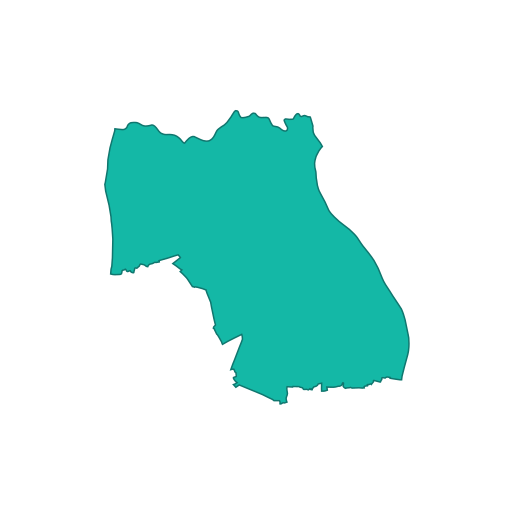 outline of Lap Vo, Can Tho, Vietnam, rotated 53°
{"feature_id": "81297802B77463595408425", "entity_name": "Lap Vo", "entity_type": "district", "adm_level": 2, "iso_a3": "VNM", "parent_name": "Vietnam", "parent_adm1": "Can Tho", "projection": "albers", "projection_center": [105.607, 10.357], "detail": "fine", "context": "isolated", "style": "filled", "palette": "teal", "viewbox_px": 512, "rotation_deg": 53, "n_neighbors": 0, "source": "geoboundaries", "source_scale": "gbopen_adm2", "svg_char_len": 6124}
<svg xmlns="http://www.w3.org/2000/svg" viewBox="0 0 512 512"><g transform="rotate(53 256 256)"><path d="M69.5,292.1L71.1,293.6L76.2,300.4L81.7,307.4L87.0,313.1L90.0,316.3L97.2,322.2L106.7,332.2L107.8,333.6L113.7,337.0L127.1,342.8L137.4,348.2L141.0,350.6L143.6,352.0L148.0,354.7L156.4,360.2L171.1,371.8L177.4,377.3L179.3,379.7L182.9,382.9L184.7,381.4L186.0,379.9L188.9,375.7L189.2,374.7L189.2,374.1L188.5,373.2L187.2,371.8L187.1,371.1L187.8,369.6L187.8,368.4L188.4,368.1L190.1,368.4L191.0,368.1L191.6,366.9L191.6,366.1L191.8,365.6L192.1,365.3L193.0,365.5L193.8,365.3L194.8,364.8L195.4,364.2L195.7,363.8L195.6,363.5L194.6,362.4L193.7,361.1L192.9,360.4L192.8,359.9L193.1,359.3L193.8,358.8L194.1,358.0L193.9,357.0L193.9,355.6L193.7,355.1L192.9,353.5L193.0,352.9L195.5,350.8L196.5,350.3L198.1,349.9L199.0,349.3L199.4,348.8L198.8,347.9L198.6,347.0L198.6,346.0L198.9,345.0L199.6,343.6L199.9,342.3L200.0,341.4L200.2,340.5L201.0,339.8L201.6,338.6L202.5,336.8L201.9,336.4L201.3,336.2L204.8,327.1L206.8,321.2L208.2,317.5L210.8,317.3L211.8,317.4L212.0,327.0L215.9,325.7L220.3,324.5L222.5,323.6L222.8,325.9L225.9,325.3L231.6,324.6L233.4,324.6L242.2,325.2L242.9,324.4L243.8,324.1L244.0,323.2L245.8,321.5L248.0,319.8L249.8,318.4L252.5,316.7L253.0,316.3L253.3,316.4L253.5,316.6L256.2,317.5L265.6,320.0L269.9,322.2L280.7,327.3L285.3,329.3L286.6,329.8L286.8,330.1L287.1,332.1L287.4,332.8L287.9,333.3L288.2,333.6L289.1,333.1L290.5,333.6L292.3,333.9L294.7,334.4L295.8,334.2L298.8,334.5L303.9,335.2L305.3,335.7L306.4,335.9L307.2,329.7L308.4,322.9L310.0,314.6L312.0,315.4L314.3,316.9L315.9,319.3L318.8,324.1L326.3,336.1L328.5,339.8L331.6,344.5L332.4,342.4L333.0,342.4L333.3,341.8L334.7,342.1L335.7,342.6L337.0,342.2L339.6,343.7L340.3,344.3L339.5,347.1L339.9,347.5L341.3,347.8L343.5,347.8L345.8,347.3L345.5,350.2L345.1,351.4L348.7,351.1L348.9,347.0L370.6,334.2L375.4,331.8L380.6,329.1L381.9,328.8L382.3,328.7L385.7,324.3L386.6,324.5L387.3,324.8L388.2,325.6L388.6,325.8L389.1,325.1L389.3,324.3L389.3,323.4L389.5,322.7L390.3,321.9L390.6,321.4L391.3,319.2L390.0,318.8L388.4,318.0L387.5,317.3L386.7,316.2L385.8,314.8L384.7,313.6L381.9,312.1L380.3,311.1L379.1,309.8L382.7,305.6L382.4,305.1L386.3,300.1L387.1,299.9L389.2,298.2L391.1,298.3L391.9,297.4L392.9,295.8L394.4,294.8L394.4,292.8L394.5,292.8L394.9,293.0L395.2,293.0L395.5,292.7L395.5,292.1L396.4,292.0L396.6,291.8L396.6,291.6L396.5,291.4L395.7,291.1L395.7,289.5L395.3,288.8L396.1,286.5L396.2,286.0L396.2,284.9L396.1,284.4L395.7,283.6L395.7,283.1L396.1,282.3L396.4,281.4L397.0,280.7L397.1,280.2L397.7,280.6L398.3,281.1L401.4,283.5L403.4,284.9L404.5,283.5L405.3,282.1L406.1,279.8L403.3,278.3L405.7,275.3L407.4,273.1L408.5,271.2L409.6,268.5L410.3,267.6L410.6,266.4L410.7,265.3L409.5,263.2L409.6,262.8L410.1,262.6L410.3,262.7L412.6,264.8L413.6,264.8L415.4,264.3L416.2,262.6L417.5,260.5L417.9,259.5L418.8,259.1L419.4,258.6L423.2,253.1L425.6,250.4L426.0,249.4L426.4,249.2L426.5,248.9L426.3,248.8L425.8,248.7L425.6,248.5L425.4,248.2L425.4,247.6L426.1,246.1L426.8,245.1L426.8,244.9L426.5,244.6L425.8,244.6L425.8,244.3L426.8,242.8L427.1,241.5L427.2,241.3L428.0,241.2L427.7,240.2L427.2,238.1L427.1,237.8L426.2,237.1L426.3,236.7L426.6,236.5L431.4,232.7L431.5,232.4L430.6,230.9L430.4,230.0L430.0,229.6L429.2,229.0L429.3,228.2L430.1,227.3L431.0,226.5L431.2,226.3L431.1,225.5L431.5,224.1L433.7,222.0L434.3,222.5L434.4,222.4L435.7,221.2L438.5,218.5L441.6,215.4L442.5,214.2L441.5,213.3L439.9,211.7L437.7,209.0L434.0,204.4L426.1,194.2L424.8,192.7L423.5,191.3L420.7,188.7L418.1,186.6L413.3,183.3L410.5,181.9L396.8,175.4L391.5,173.4L389.0,172.6L385.8,171.8L380.4,171.4L370.1,170.8L364.5,170.3L356.7,169.8L353.0,169.3L349.8,168.6L340.3,166.1L338.4,165.7L330.6,164.5L326.4,164.3L322.0,164.3L312.0,164.6L308.7,164.5L302.5,164.1L300.8,164.1L299.2,164.2L297.3,164.4L291.2,165.4L278.2,168.9L271.9,170.0L267.4,170.5L264.4,170.5L262.9,170.3L254.5,168.4L244.8,166.9L242.0,166.4L240.0,165.8L236.6,164.5L233.1,162.6L229.9,160.9L225.7,158.1L224.5,157.4L220.7,155.7L219.3,154.8L217.2,153.4L215.2,151.4L213.8,149.6L212.7,148.2L211.8,146.5L209.9,142.5L208.8,138.9L208.5,137.1L204.4,136.6L195.1,136.6L193.5,136.3L191.9,135.9L190.9,135.4L187.7,133.4L186.7,132.5L186.2,132.2L178.5,129.3L177.5,129.1L175.8,131.0L175.0,131.3L173.5,132.3L173.0,132.7L172.5,133.8L172.2,135.2L172.1,135.6L171.8,135.9L171.3,136.3L170.7,136.5L169.1,136.3L168.3,136.4L167.7,136.7L167.4,137.1L167.2,137.5L167.1,138.0L167.2,139.1L167.7,141.0L168.8,143.3L168.9,143.7L168.8,144.5L168.3,145.2L166.8,147.3L164.4,149.8L164.2,150.6L164.2,151.3L164.4,151.6L164.8,152.0L167.4,152.7L169.4,153.1L171.9,153.4L172.4,153.6L173.0,153.9L173.9,154.9L174.2,155.5L174.2,156.5L174.1,157.0L173.7,157.6L172.4,158.7L171.6,159.1L170.2,159.6L168.1,160.1L166.2,160.9L165.3,161.6L163.0,163.7L162.4,164.1L161.9,164.2L161.4,164.3L158.6,164.0L154.6,163.1L153.7,163.1L153.0,163.2L152.5,163.5L151.5,164.4L148.6,168.5L147.8,169.3L147.2,169.8L146.5,170.2L145.8,170.4L144.4,170.7L142.2,170.8L141.7,170.9L141.1,171.4L140.3,172.2L140.1,172.7L140.0,173.7L140.0,174.6L140.3,176.3L140.3,177.4L139.0,180.8L138.2,182.3L137.8,183.0L137.2,183.8L136.8,184.2L136.3,184.6L135.9,184.7L134.2,184.6L132.7,184.3L130.3,183.5L129.4,183.5L129.0,183.6L128.4,184.1L127.7,184.8L127.6,185.2L127.7,186.4L129.0,190.0L129.9,192.2L131.9,198.9L132.3,202.4L132.0,206.1L132.0,207.5L132.0,209.1L132.1,210.7L132.5,212.1L133.4,214.0L134.3,215.7L135.3,217.9L135.6,218.9L136.0,220.6L136.0,222.8L135.7,224.3L135.3,225.1L134.9,225.7L134.5,226.4L133.4,227.5L132.0,228.8L129.6,230.3L123.3,233.6L122.5,234.6L121.9,236.2L121.7,238.3L121.8,239.4L122.2,242.2L122.9,245.1L122.5,245.4L121.7,245.8L120.0,246.0L117.1,246.1L115.4,246.4L113.3,247.0L112.1,247.5L110.5,248.4L109.1,249.6L108.0,250.7L106.8,252.1L104.9,254.8L103.9,255.9L102.9,256.7L101.6,257.5L100.9,257.9L100.0,258.2L98.2,258.5L93.6,258.5L91.3,258.8L90.0,259.3L89.3,259.7L88.6,260.5L88.0,262.0L87.1,263.9L85.8,266.0L84.7,267.1L83.4,268.1L79.5,269.8L77.8,270.9L76.6,272.2L75.7,273.4L74.7,275.0L74.1,276.2L74.0,277.5L74.1,278.9L74.7,280.3L75.5,281.6L75.8,282.7L75.7,284.8L75.2,285.8L74.6,286.7L71.2,290.4L69.5,292.1Z" fill="#14b8a6" stroke="#0f766e" stroke-width="1.5"/></g></svg>